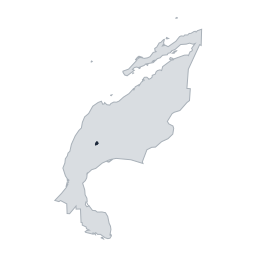 Acambay de Ruíz Castañeda, México, Mexico (highlighted), rotated 91°
{"feature_id": "50627088B16858103917717", "entity_name": "Acambay de Ruíz Castañeda", "entity_type": "district", "adm_level": 2, "iso_a3": "MEX", "parent_name": "Mexico", "parent_adm1": "México", "projection": "albers", "projection_center": [-99.804, 19.959], "detail": "fine", "context": "in_parent", "style": "filled", "palette": "slate", "viewbox_px": 256, "rotation_deg": 91, "n_neighbors": 0, "source": "geoboundaries", "source_scale": "gbopen_adm2", "svg_char_len": 4317}
<svg xmlns="http://www.w3.org/2000/svg" viewBox="0 0 256 256"><g transform="rotate(91 128 128)"><path d="M28.0,56.1L44.2,56.3L43.4,57.8L68.2,68.7L87.4,69.8L87.6,66.4L99.5,67.0L101.5,69.5L109.6,76.4L111.5,82.1L112.9,84.2L120.7,88.8L123.2,87.2L125.2,83.1L127.6,82.3L133.3,83.1L137.9,87.7L141.1,94.2L146.6,100.2L146.9,104.0L149.4,108.7L161.6,113.1L163.2,112.4L159.7,124.6L158.6,139.2L159.2,142.3L162.5,146.5L161.9,148.8L162.0,146.5L159.3,143.0L160.2,146.2L163.5,153.1L169.0,159.6L170.3,163.6L174.2,167.7L173.1,167.7L175.3,168.6L174.6,168.0L178.6,168.4L181.4,169.8L184.0,172.4L190.6,170.2L195.6,169.7L198.8,167.9L202.2,167.5L202.9,168.0L202.7,168.9L205.5,169.3L207.4,167.9L206.8,165.8L205.9,166.4L206.1,165.9L211.0,162.1L211.2,159.1L212.6,157.3L212.4,152.6L213.1,149.0L216.9,146.7L223.6,145.2L226.5,143.8L229.8,143.3L235.4,144.2L235.7,143.3L234.3,143.4L236.1,142.7L238.5,144.1L239.0,146.2L238.1,149.1L234.8,153.7L234.9,156.6L233.2,158.4L233.6,159.1L235.2,158.7L233.6,160.6L233.7,161.4L234.8,161.0L233.1,168.4L232.5,169.1L231.3,167.6L230.8,164.9L229.4,167.8L227.7,168.1L225.9,172.0L223.5,172.1L223.3,173.3L209.8,174.1L210.0,178.5L206.9,178.6L214.7,184.9L214.6,187.4L204.9,187.9L201.7,194.2L202.8,195.8L201.7,199.9L194.4,193.2L188.6,188.7L185.1,187.0L184.7,187.5L188.0,189.0L183.0,187.8L183.3,186.6L182.0,187.1L181.2,186.1L180.3,187.2L182.0,187.7L179.5,188.0L177.0,189.7L169.2,192.4L164.1,190.5L159.9,190.1L157.0,188.2L154.1,187.5L152.3,185.7L145.3,184.3L136.7,180.6L131.2,177.0L128.8,174.6L123.1,173.7L117.6,171.5L114.2,167.6L106.8,163.6L103.0,158.3L101.7,155.1L104.7,153.7L104.3,152.3L103.0,151.8L105.1,149.5L105.4,146.6L103.8,145.5L102.3,142.6L102.4,140.0L101.4,137.6L97.2,133.0L93.6,127.6L88.0,122.7L89.6,123.7L89.8,122.7L86.7,121.5L84.5,117.8L86.1,118.0L81.7,115.3L81.1,114.1L79.4,114.4L79.2,113.9L80.5,112.5L78.3,113.5L77.0,112.4L76.9,110.0L78.6,108.0L79.1,108.4L78.1,106.2L76.8,104.8L74.9,104.7L73.7,101.7L71.4,100.9L70.1,99.6L69.3,97.0L70.0,95.4L66.0,94.4L59.4,85.8L59.1,83.9L58.1,83.2L54.2,72.9L54.0,69.8L54.6,68.9L50.8,67.3L50.0,65.6L48.8,64.9L47.3,65.8L42.3,62.3L43.1,64.3L42.1,68.0L43.1,71.1L43.6,76.8L48.6,82.3L50.1,85.8L50.9,85.7L51.3,86.8L52.0,86.9L52.6,89.2L54.1,90.0L54.7,94.7L57.3,97.2L58.1,99.9L59.4,100.8L60.1,103.9L61.2,104.8L60.7,102.4L62.2,103.9L63.6,111.1L65.3,113.2L67.4,118.5L66.9,120.6L67.4,122.6L69.3,124.6L70.2,122.7L75.8,129.8L75.1,132.2L72.6,133.9L71.3,134.1L69.1,128.4L60.2,120.4L59.4,120.5L57.6,118.0L57.3,116.4L58.1,113.0L57.5,109.7L56.3,107.2L52.0,104.1L51.2,101.2L50.3,102.3L48.0,102.7L46.5,100.6L42.4,98.3L41.9,96.7L39.0,94.0L38.8,93.2L42.0,93.9L43.9,93.4L43.8,94.1L45.4,95.1L44.9,93.1L44.2,93.0L46.0,89.3L40.5,81.7L35.8,78.1L35.0,76.5L35.2,73.9L34.0,72.9L33.9,69.9L32.4,68.5L32.3,66.7L30.4,63.7L30.1,62.4L30.9,61.6L29.5,60.3L28.0,56.1ZM59.1,85.9L58.4,87.7L56.8,86.9L57.7,84.3L58.6,84.0L59.1,85.9ZM52.5,85.0L50.4,82.9L49.9,80.8L51.0,81.6L51.2,82.7L52.4,83.1L52.5,85.0ZM238.3,152.9L237.7,152.3L237.9,151.4L239.4,150.6L238.3,152.9ZM57.6,120.3L56.0,118.3L57.2,114.5L56.7,117.9L57.6,120.3ZM38.0,91.4L36.8,91.0L37.8,89.0L38.2,90.6L38.0,91.4ZM17.5,82.5L16.6,81.1L16.9,80.6L17.3,80.7L17.5,82.5ZM59.0,120.5L59.9,122.0L57.9,120.4L59.0,120.5ZM96.0,145.3L95.8,145.9L95.3,145.7L95.1,144.6L96.0,145.3ZM68.2,117.2L68.5,118.4L67.4,116.8L68.2,117.2ZM64.5,109.2L65.1,109.7L64.1,110.7L64.5,109.2ZM62.7,165.9L62.2,166.0L61.6,165.5L62.2,164.9L62.7,165.9ZM204.5,167.4L203.4,167.7L205.4,167.0L204.5,167.4ZM73.4,124.2L72.8,124.0L72.8,122.9L73.4,124.2Z" fill="#d9dde1" stroke="#a8b0b8" stroke-width="1"/><path d="M143.6,158.3L143.4,158.3L143.2,158.3L143.2,158.2L143.0,158.3L142.9,158.3L142.8,158.5L142.7,158.5L142.6,158.8L142.8,158.8L143.0,158.9L143.2,159.0L143.3,159.2L143.3,159.3L143.5,159.3L143.7,159.5L143.8,159.5L143.7,159.6L143.8,159.7L144.0,159.6L144.1,159.8L144.3,159.9L144.4,160.0L144.5,160.0L144.8,160.0L144.8,159.9L144.7,159.8L144.7,159.7L144.8,159.7L144.7,159.6L144.8,159.6L144.7,159.6L144.8,159.5L144.7,159.4L144.8,159.4L145.0,159.3L145.0,159.2L145.1,158.9L145.2,158.7L145.3,158.7L145.2,158.7L144.9,158.6L144.7,158.6L144.6,158.4L144.6,158.5L144.5,158.4L144.4,158.4L144.4,158.5L144.3,158.4L144.3,158.5L144.2,158.5L144.3,158.5L144.2,158.7L144.2,158.8L143.9,158.8L144.0,158.8L144.0,158.7L143.9,158.7L143.7,158.5L143.7,158.4L143.6,158.3Z" fill="#64748b" stroke="#1e293b" stroke-width="1.5"/></g></svg>